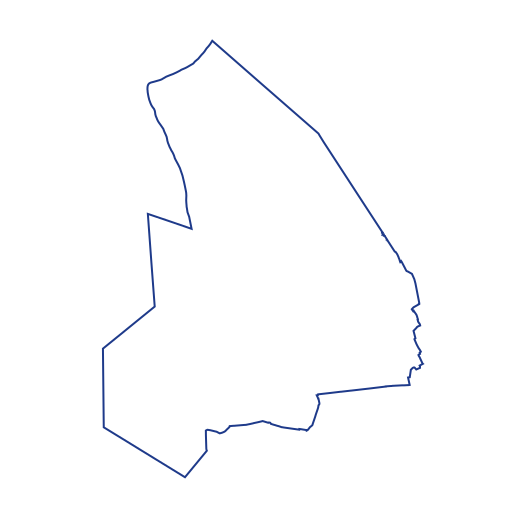 the district of Hulst, Zeeland, Netherlands, rotated 267°
{"feature_id": "6326949B4245688321620", "entity_name": "Hulst", "entity_type": "district", "adm_level": 2, "iso_a3": "NLD", "parent_name": "Netherlands", "parent_adm1": "Zeeland", "projection": "natural_earth1", "projection_center": [4.05, 51.332], "detail": "fine", "context": "isolated", "style": "outline", "palette": "blue", "viewbox_px": 512, "rotation_deg": 267, "n_neighbors": 0, "source": "geoboundaries", "source_scale": "gbopen_adm2", "svg_char_len": 5610}
<svg xmlns="http://www.w3.org/2000/svg" viewBox="0 0 512 512"><g transform="rotate(267 256 256)"><path d="M58.3,145.2L38.8,173.5L64.1,196.7L64.4,196.6L64.7,196.5L65.2,196.4L65.4,196.4L66.0,196.3L79.5,196.6L84.3,196.8L84.6,197.4L84.7,197.6L85.0,198.3L85.0,198.5L84.4,201.3L82.9,206.3L82.6,207.4L82.5,207.6L82.3,207.9L81.0,210.1L80.9,210.3L80.8,210.5L80.9,210.8L80.9,211.1L81.1,212.0L81.4,213.2L82.2,215.3L82.4,215.6L82.5,215.8L83.1,216.6L83.4,216.9L84.1,217.6L85.6,219.4L85.7,219.5L86.4,220.3L86.7,220.5L86.9,220.6L87.3,220.7L87.5,220.8L87.5,221.6L87.6,223.5L87.6,223.9L87.6,225.5L87.9,235.1L87.9,235.6L87.9,236.9L87.9,237.3L88.0,237.6L88.1,238.5L88.3,239.6L88.4,240.5L89.1,244.6L89.2,244.8L89.9,249.2L90.7,253.6L90.8,253.7L90.8,254.0L90.7,254.3L90.6,254.6L89.0,259.0L88.8,259.5L89.0,259.9L89.1,260.1L89.0,260.5L88.8,261.2L88.8,261.3L88.7,261.5L88.2,261.8L87.6,262.1L87.4,262.7L87.2,263.1L86.3,265.6L86.2,266.0L85.4,268.1L85.0,269.4L84.6,270.5L83.9,272.2L83.7,272.7L83.7,273.0L83.3,274.7L80.3,290.1L81.0,290.2L80.7,291.9L80.6,292.3L79.6,296.9L79.6,297.1L79.6,297.3L79.0,297.4L79.1,297.6L79.2,298.0L79.3,298.2L79.5,298.4L79.6,298.6L80.1,299.1L81.5,300.3L82.2,300.9L83.6,302.8L83.9,303.1L84.0,303.3L84.3,303.5L84.5,303.6L85.0,303.8L85.5,303.9L85.7,304.0L89.4,305.5L92.7,306.8L94.7,307.5L99.9,309.6L101.6,310.2L103.6,310.6L103.8,310.7L103.9,310.8L104.0,311.0L104.5,311.4L104.8,311.5L105.0,311.5L105.3,311.6L105.8,311.6L110.3,310.9L110.3,310.6L111.4,310.3L113.6,309.4L113.6,310.0L114.1,310.2L114.1,310.3L114.1,310.6L114.4,310.6L114.6,310.7L115.3,322.5L116.0,333.1L116.0,333.8L116.6,343.7L116.6,344.0L117.8,363.4L118.8,378.1L118.8,378.7L119.0,378.7L119.1,383.0L119.1,383.3L119.1,384.7L119.2,385.6L119.2,386.9L119.2,387.4L119.2,389.0L119.2,390.4L119.2,391.2L119.2,393.2L119.2,394.3L119.2,394.6L119.2,395.7L119.1,396.4L119.1,397.2L119.1,397.8L119.1,399.2L119.1,401.0L119.1,401.6L119.2,402.7L126.7,401.5L126.9,403.2L134.3,404.7L136.0,406.6L136.4,407.5L136.4,408.1L136.4,408.3L136.2,408.6L134.7,409.8L134.3,410.1L135.5,413.3L135.7,413.9L137.3,414.0L138.0,413.7L139.6,417.0L139.8,416.8L140.1,416.6L140.6,416.4L142.8,415.5L144.1,415.0L144.2,414.9L144.5,414.8L144.8,414.7L145.1,414.6L146.4,414.1L146.9,413.8L147.0,413.7L147.7,413.4L148.0,413.2L148.4,413.1L148.6,413.1L148.8,413.1L149.7,414.7L150.9,414.4L151.8,415.6L152.7,415.2L153.7,414.7L155.0,413.9L155.2,413.7L155.7,413.5L156.1,413.3L156.7,413.0L157.3,412.7L159.3,411.8L159.8,411.6L162.0,410.8L164.4,409.9L164.6,409.9L164.8,409.9L164.9,410.0L165.0,410.1L165.5,410.9L173.0,409.4L175.8,412.4L175.9,412.5L176.0,412.6L176.3,412.8L176.5,412.9L176.6,413.1L176.8,413.4L177.1,413.8L177.2,414.1L177.3,414.4L177.6,415.1L177.7,415.5L177.8,415.7L177.9,416.0L178.0,416.3L179.2,416.1L179.7,415.8L180.3,415.5L180.5,415.3L181.0,415.0L181.3,414.8L181.9,414.5L182.0,414.5L182.2,414.4L182.5,414.4L182.8,414.3L183.0,414.3L184.0,414.0L184.3,414.4L184.7,414.3L186.4,413.8L186.6,413.8L186.8,413.8L188.1,413.4L189.0,413.1L192.7,410.8L193.1,410.6L192.6,410.1L193.2,409.7L194.7,408.8L196.4,410.5L196.5,410.7L196.6,410.8L199.4,416.4L200.0,416.2L200.3,416.6L220.2,413.8L224.5,412.9L230.0,410.8L232.5,406.9L233.1,405.6L233.7,405.2L242.3,401.3L243.3,400.7L242.8,400.3L242.3,400.0L242.2,399.8L242.8,399.6L243.1,399.5L245.2,399.0L246.8,398.4L247.4,398.3L248.1,398.0L248.9,397.7L250.2,397.2L251.1,396.7L252.8,395.6L253.1,394.8L264.4,388.3L264.2,388.3L264.4,388.1L264.7,388.2L265.2,387.9L265.4,387.4L265.8,387.6L269.1,385.7L269.3,385.7L269.5,384.7L270.7,384.8L270.7,384.6L270.7,384.4L270.7,384.2L270.6,383.5L271.6,383.8L272.6,383.9L272.7,383.0L273.7,383.1L303.7,365.7L366.1,329.6L371.0,326.9L373.0,325.8L373.2,325.7L375.0,324.8L393.8,305.4L428.2,269.9L473.2,223.6L472.1,222.8L470.5,221.7L468.9,220.4L468.5,220.0L468.2,219.8L467.6,219.2L467.0,218.6L465.9,217.5L464.7,216.6L463.9,216.0L463.2,215.5L462.7,215.1L462.3,214.7L461.2,213.7L460.4,212.8L459.7,212.1L459.2,211.6L456.7,209.3L456.4,209.0L456.1,208.8L455.7,208.3L454.7,206.9L453.8,205.8L453.6,205.4L453.3,205.1L452.7,204.6L452.4,204.3L452.0,203.9L451.7,203.7L451.3,203.1L451.1,202.8L450.9,202.4L450.7,201.9L448.3,197.3L447.8,196.2L447.2,194.8L446.2,192.0L445.8,191.0L445.1,189.8L444.6,188.7L444.0,187.4L443.3,185.8L442.6,184.0L442.1,182.8L441.0,179.3L440.0,176.4L439.8,175.8L438.7,173.7L437.9,172.1L437.3,171.0L436.7,169.1L435.3,163.0L434.8,160.5L434.5,159.5L434.3,159.1L433.9,158.3L433.5,157.9L432.8,157.3L432.1,157.0L431.3,156.7L430.3,156.5L429.2,156.4L428.2,156.3L426.7,156.4L425.3,156.4L423.5,156.6L421.9,156.8L420.5,157.0L419.0,157.3L417.8,157.5L415.2,158.3L414.2,158.6L412.9,159.1L411.9,159.5L410.3,160.4L409.1,161.2L408.3,161.8L407.5,162.1L406.7,162.4L405.8,162.6L405.1,162.7L403.8,162.8L402.6,162.9L401.8,163.1L400.8,163.3L399.8,163.7L399.0,164.0L397.7,164.4L396.5,164.9L395.6,165.3L394.9,165.7L393.7,166.4L392.2,167.4L390.4,168.5L388.6,169.6L388.0,170.0L387.1,170.3L386.1,170.6L384.6,171.1L381.6,172.3L379.6,173.0L378.9,173.1L376.9,173.4L375.7,173.5L375.0,173.7L373.6,174.0L371.3,174.8L370.4,175.1L369.7,175.3L367.5,176.3L366.7,176.6L366.0,176.9L364.2,177.9L362.9,178.5L361.9,178.9L360.5,179.4L358.5,179.9L357.7,180.1L357.4,180.3L357.0,180.4L355.3,181.2L351.3,183.1L349.9,183.7L347.8,184.6L346.8,184.9L345.3,185.3L340.8,186.6L340.0,186.8L339.0,187.0L335.2,187.7L333.6,188.0L332.3,188.2L330.5,188.5L324.5,189.4L322.6,189.6L320.8,189.6L319.8,189.6L315.3,189.2L314.5,189.2L313.8,189.2L313.0,189.2L309.8,189.3L308.7,189.3L307.3,189.5L305.2,189.7L303.3,189.9L302.6,190.1L298.7,191.3L286.5,193.1L294.9,172.3L303.7,150.2L254.7,151.2L210.8,152.2L194.4,129.7L171.5,98.3L92.9,95.0L58.3,145.2Z" fill="none" stroke="#1e3a8a" stroke-width="2"/></g></svg>